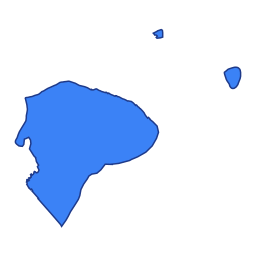 Lapaha, Tongatapu, Tonga (Natural Earth projection)
{"feature_id": "48082658B59364107477614", "entity_name": "Lapaha", "entity_type": "district", "adm_level": 2, "iso_a3": "TON", "parent_name": "Tonga", "parent_adm1": "Tongatapu", "projection": "natural_earth1", "projection_center": [-175.073, -21.147], "detail": "fine", "context": "isolated", "style": "filled", "palette": "blue", "viewbox_px": 256, "rotation_deg": 0, "n_neighbors": 0, "source": "geoboundaries", "source_scale": "gbopen_adm2", "svg_char_len": 3175}
<svg xmlns="http://www.w3.org/2000/svg" viewBox="0 0 256 256"><path d="M61.6,226.4L63.3,224.0L66.1,220.0L68.2,216.3L70.5,211.7L73.1,207.7L76.0,203.2L78.4,199.3L79.8,195.6L80.9,189.6L83.6,184.2L87.3,178.9L88.9,176.0L91.8,174.1L96.9,173.2L100.8,169.9L105.2,164.2L111.9,164.4L111.8,164.2L118.7,163.4L129.6,160.5L131.5,159.4L137.7,156.8L145.9,152.1L152.2,145.9L156.5,138.4L158.5,132.3L157.1,126.1L152.8,121.7L150.3,119.7L150.0,119.4L150.1,119.2L149.2,118.1L148.4,117.4L147.6,118.1L145.8,115.8L144.8,114.3L144.3,113.1L142.7,111.1L140.3,108.6L139.7,108.4L139.0,107.4L137.8,106.6L136.9,105.4L136.5,105.0L135.5,104.9L135.4,105.2L134.9,104.7L133.5,103.1L131.4,101.5L129.8,101.2L128.3,100.9L127.6,101.0L125.6,99.9L124.0,99.2L122.6,98.8L119.5,97.1L118.6,96.7L117.4,96.6L117.0,96.1L116.6,95.8L115.8,95.7L115.3,95.8L115.1,96.2L114.2,95.9L113.5,95.5L111.8,94.8L110.5,94.3L109.9,93.9L109.4,93.4L108.9,93.4L108.5,93.1L108.1,93.0L107.8,93.1L107.7,93.4L106.3,92.3L105.7,92.3L105.4,92.6L105.2,92.5L104.5,92.4L103.1,91.9L101.6,91.5L101.0,91.2L100.5,90.9L98.8,90.3L97.1,89.2L96.4,88.9L95.6,89.0L93.9,89.7L92.9,90.0L92.1,89.7L91.3,89.3L91.1,89.8L90.2,89.4L87.6,87.8L84.7,86.7L79.2,85.4L75.4,83.3L69.4,81.3L68.3,81.2L66.4,81.5L64.4,81.7L62.9,82.0L61.5,82.1L60.1,82.4L58.4,83.4L57.1,84.3L56.7,84.4L56.4,84.7L54.3,85.5L51.9,86.6L49.9,87.5L48.0,88.3L46.1,89.4L44.0,90.7L43.6,91.0L41.9,91.6L40.7,92.7L39.3,93.8L38.9,94.1L37.8,94.6L34.9,95.4L32.1,96.5L29.9,96.9L27.9,97.4L26.6,97.5L25.7,97.7L25.3,98.2L25.8,100.2L26.9,104.8L27.2,107.6L27.4,108.9L27.3,110.5L27.0,112.2L26.8,113.4L26.5,114.7L26.3,115.9L26.3,117.8L26.0,120.3L25.7,121.2L24.0,124.1L21.6,128.0L19.5,131.5L18.3,134.3L17.1,137.8L16.1,139.5L15.9,139.9L15.4,141.1L15.5,142.7L16.6,144.1L18.9,145.9L20.9,146.2L22.4,146.3L23.8,144.4L24.4,139.1L25.7,138.7L28.7,137.3L30.5,140.0L30.9,143.7L29.5,148.9L31.7,152.4L33.7,155.6L34.5,156.6L35.7,157.6L35.6,158.3L36.0,159.3L36.3,161.2L36.8,162.3L37.3,162.8L37.5,163.6L38.0,164.2L38.6,165.1L37.4,166.7L38.9,169.8L38.8,170.7L37.7,172.5L36.3,172.8L35.4,171.9L34.4,171.5L33.9,172.3L34.0,173.0L33.2,174.3L32.0,175.2L31.2,174.0L30.5,174.7L31.3,176.2L30.6,177.1L30.9,177.3L29.8,178.4L29.0,177.8L28.8,177.9L29.3,178.9L29.0,179.2L28.7,179.4L28.6,180.2L29.0,180.6L28.5,180.8L28.0,179.4L26.9,179.6L26.8,180.9L27.3,180.9L27.4,181.3L26.9,181.5L26.5,182.0L26.8,182.2L27.1,182.9L27.1,183.6L27.1,184.1L26.8,184.3L28.8,187.8L28.9,187.7L30.6,189.7L31.6,189.1L32.6,190.8L32.1,191.1L36.2,195.7L38.5,198.3L38.0,198.7L52.7,215.4L60.6,224.6L61.6,226.4ZM224.4,73.2L224.7,74.5L226.3,79.4L227.4,81.4L228.7,83.2L229.3,84.2L229.8,86.0L230.6,87.3L231.6,88.2L232.8,88.5L234.1,88.3L235.4,87.5L236.5,86.6L237.2,85.4L237.8,84.7L238.3,83.2L239.2,80.9L239.7,79.7L240.2,78.2L240.6,76.2L240.6,74.0L240.6,72.4L240.2,70.3L239.8,69.3L238.5,68.0L237.6,67.5L236.0,67.2L234.3,67.3L231.4,68.1L229.3,68.8L228.5,69.1L227.6,69.6L226.7,70.5L225.3,71.6L224.4,72.3L224.4,73.2ZM162.7,36.2L162.7,34.2L162.7,32.6L162.4,30.3L161.2,29.6L159.2,30.3L157.4,30.9L157.1,31.3L155.1,32.3L153.3,33.2L154.2,34.2L154.8,35.1L156.0,35.0L156.8,35.5L157.3,36.1L156.2,37.4L157.0,38.2L160.6,37.8L162.7,37.1L162.7,36.2Z" fill="#3b82f6" stroke="#1e3a8a" stroke-width="1.5"/></svg>